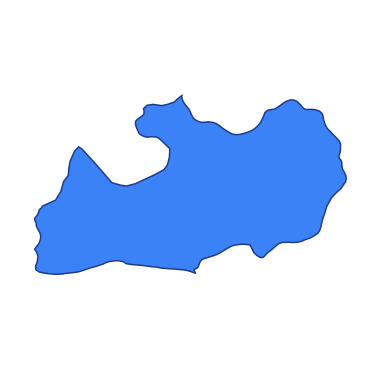 outline of Kapho, Pattani, Thailand, rotated 283°
{"feature_id": "78962969B23188971822264", "entity_name": "Kapho", "entity_type": "district", "adm_level": 2, "iso_a3": "THA", "parent_name": "Thailand", "parent_adm1": "Pattani", "projection": "natural_earth1", "projection_center": [101.548, 6.613], "detail": "fine", "context": "isolated", "style": "filled", "palette": "blue", "viewbox_px": 384, "rotation_deg": 283, "n_neighbors": 0, "source": "geoboundaries", "source_scale": "gbopen_adm2", "svg_char_len": 4169}
<svg xmlns="http://www.w3.org/2000/svg" viewBox="0 0 384 384"><g transform="rotate(283 192 192)"><path d="M283.7,160.5L283.3,160.0L282.3,159.3L281.8,158.9L279.9,157.4L279.2,156.8L277.7,155.9L276.9,155.4L276.0,154.8L275.9,154.8L275.7,154.5L275.3,154.1L274.0,151.8L273.1,150.3L272.5,149.6L272.2,149.0L271.4,147.5L269.4,143.2L268.6,134.4L266.4,128.7L262.4,126.1L262.2,125.9L260.8,126.7L259.7,127.2L259.4,127.3L258.8,127.4L258.4,127.4L258.0,127.5L257.6,127.5L257.0,127.4L256.7,127.3L256.4,127.2L255.9,127.0L255.3,126.6L255.0,126.4L254.6,126.1L254.0,125.5L253.6,125.1L251.7,123.4L250.5,122.5L250.0,122.1L249.6,121.8L249.0,121.5L248.6,121.4L248.2,121.3L247.9,121.3L247.3,121.3L246.9,121.3L246.2,121.5L245.4,121.7L244.9,121.9L244.5,122.1L243.6,122.6L243.4,122.8L242.2,123.5L240.3,124.9L238.9,126.0L238.4,126.3L237.3,127.2L236.9,127.6L236.7,128.0L236.5,128.3L236.3,128.8L236.0,129.8L235.8,130.5L235.7,130.8L235.5,132.0L235.3,134.1L235.3,134.5L235.3,135.5L235.4,136.1L235.5,136.4L235.7,137.1L236.1,138.1L236.3,138.6L236.6,139.7L236.9,141.1L237.1,142.1L237.4,143.4L237.4,144.3L237.4,145.4L237.3,145.8L237.2,146.6L237.1,146.8L236.8,147.8L236.5,148.5L236.2,149.0L234.9,151.3L234.7,151.5L233.6,153.3L232.7,154.9L229.2,160.6L221.2,162.1L213.2,162.0L207.8,159.9L202.5,154.2L195.0,144.8L187.4,135.0L183.0,126.7L182.6,120.5L183.1,111.7L199.2,89.6L209.1,75.1L210.5,71.5L209.3,70.7L205.6,68.4L194.4,66.3L187.3,66.7L180.2,67.7L173.5,64.6L162.8,64.0L153.4,60.9L149.0,55.1L144.6,49.4L143.1,49.2L140.6,47.3L135.7,46.8L130.5,44.6L128.4,45.6L127.1,46.9L123.8,48.0L120.9,50.4L117.7,53.2L114.5,54.7L111.0,54.9L107.7,54.6L100.9,51.5L98.6,53.9L95.0,56.3L89.3,56.9L84.6,56.2L81.1,57.4L79.6,61.5L79.8,66.8L79.9,68.0L80.3,71.9L81.1,77.5L82.8,83.7L84.5,87.8L87.0,95.2L88.9,99.8L90.7,102.8L93.1,106.6L95.4,110.4L97.2,113.9L101.4,121.0L103.7,123.8L105.9,127.7L107.7,132.6L108.5,136.2L108.7,140.6L107.4,144.1L107.7,148.5L108.2,152.6L109.0,158.3L109.8,165.6L110.2,170.2L110.8,174.0L111.0,179.7L111.7,184.4L112.5,189.4L113.1,193.0L113.7,197.7L114.3,202.0L114.4,206.5L113.7,213.5L114.4,213.1L115.4,212.4L115.5,212.3L116.3,211.6L116.7,211.6L117.0,211.8L117.7,212.5L118.5,213.4L119.1,214.1L119.6,214.4L120.3,214.7L121.0,214.9L121.8,215.1L123.0,215.2L124.6,215.4L125.4,215.5L125.9,215.7L126.3,215.8L127.3,216.3L127.8,216.6L128.8,217.5L129.5,218.4L130.6,220.1L131.3,221.5L131.5,221.8L134.0,225.9L134.2,226.4L136.7,230.2L137.3,230.9L138.7,232.6L142.6,236.7L143.5,237.5L144.7,238.7L147.5,241.8L147.9,242.3L148.1,242.6L148.8,243.5L149.0,244.0L150.1,246.1L150.3,246.8L150.6,247.5L151.4,249.6L151.9,251.1L152.5,253.1L152.8,254.5L152.9,255.4L153.2,257.8L153.4,259.9L153.5,260.5L152.3,261.4L149.6,263.7L147.1,265.7L144.9,269.3L143.7,272.5L143.7,274.2L144.3,275.9L145.4,276.9L147.9,278.1L150.5,279.8L153.7,282.6L159.7,286.9L161.4,288.4L163.1,291.1L163.9,294.1L164.9,298.4L165.5,301.8L166.6,305.6L168.3,309.4L170.8,312.7L174.0,317.8L177.2,321.1L180.0,323.8L183.1,325.1L187.0,325.4L190.5,325.3L195.5,325.5L199.6,325.9L202.4,326.2L206.8,326.4L209.8,326.9L213.7,328.1L217.7,329.2L221.1,331.1L225.5,333.9L229.3,336.6L232.9,337.9L236.7,339.4L239.8,339.3L242.9,338.0L245.7,335.8L248.3,333.4L252.0,332.0L254.9,331.1L256.6,329.9L257.6,328.5L259.0,327.3L260.5,327.0L263.7,327.4L267.1,327.1L271.6,326.1L274.5,324.4L277.1,320.7L279.7,316.6L281.9,313.4L284.2,309.6L287.1,307.0L291.2,304.4L295.3,302.6L296.7,301.8L297.9,300.9L298.4,300.0L299.1,298.7L299.6,297.5L299.8,295.6L299.9,293.5L299.5,290.2L299.0,288.1L298.3,285.7L298.1,284.5L298.3,282.9L298.6,282.0L299.7,280.2L301.4,278.0L303.4,274.9L303.9,273.7L304.1,273.3L304.4,271.2L304.4,269.8L303.9,267.3L303.1,266.0L302.7,265.1L301.0,262.8L298.8,260.8L296.8,259.0L294.2,256.7L291.5,254.0L290.1,250.6L288.8,247.4L285.9,245.2L282.4,244.7L279.3,244.2L275.1,243.1L272.0,241.6L268.5,239.4L265.6,236.7L263.3,233.7L261.4,230.5L259.0,226.0L257.9,222.3L257.5,218.7L258.3,214.9L259.7,211.0L261.1,207.2L263.0,203.5L264.0,200.8L264.5,196.7L264.2,193.0L263.0,189.2L262.1,186.0L262.0,182.9L263.0,179.2L264.2,176.8L266.6,174.5L269.3,172.6L271.7,170.7L274.0,167.8L275.9,165.4L277.2,164.0L278.9,162.4L280.9,161.2L282.9,160.5L283.7,160.5Z" fill="#3b82f6" stroke="#1e3a8a" stroke-width="1.5"/></g></svg>